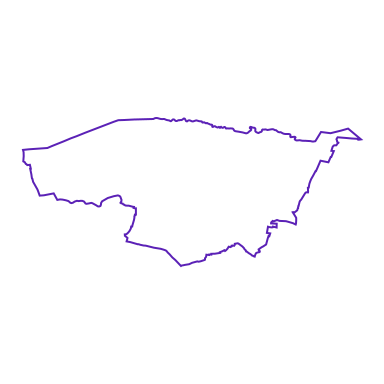 outline of Vicovu De Sus, Suceava, Romania
{"feature_id": "2599482B73832637769568", "entity_name": "Vicovu De Sus", "entity_type": "district", "adm_level": 2, "iso_a3": "ROU", "parent_name": "Romania", "parent_adm1": "Suceava", "projection": "robinson", "projection_center": [25.674, 47.922], "detail": "fine", "context": "isolated", "style": "outline", "palette": "violet", "viewbox_px": 384, "rotation_deg": 0, "n_neighbors": 0, "source": "geoboundaries", "source_scale": "gbopen_adm2", "svg_char_len": 6040}
<svg xmlns="http://www.w3.org/2000/svg" viewBox="0 0 384 384"><path d="M126.6,241.4L130.3,242.1L135.8,243.7L138.0,244.3L138.6,244.2L140.3,244.8L143.5,245.5L144.9,245.6L145.9,245.7L153.9,247.7L160.7,248.8L163.4,249.6L165.7,250.4L166.8,251.3L167.6,252.4L169.7,254.4L172.3,257.4L175.3,260.0L181.0,266.0L181.7,265.5L182.6,265.4L184.9,264.9L189.2,264.2L192.1,262.8L197.3,261.4L198.4,261.7L199.7,261.5L201.2,261.1L204.5,260.0L204.9,259.8L205.0,259.5L205.0,258.4L205.1,258.1L205.9,257.1L206.1,256.7L206.4,254.7L209.1,255.0L209.2,254.5L211.3,254.6L211.3,253.8L215.0,253.7L220.1,252.9L219.9,252.2L222.5,251.2L224.3,250.2L225.0,251.0L225.9,250.4L227.5,248.7L228.7,246.7L230.4,247.1L231.7,246.4L231.6,245.7L232.6,245.5L234.1,245.8L234.8,244.8L234.8,243.8L237.7,243.3L238.5,243.6L242.4,246.5L244.0,248.2L244.5,249.2L245.8,250.4L245.9,251.1L246.2,251.5L246.5,251.4L249.0,253.3L250.4,254.1L251.6,255.0L252.0,255.5L253.3,255.9L253.5,256.2L254.7,256.6L255.1,255.2L255.9,253.3L256.6,252.9L257.1,252.6L258.5,252.3L259.5,252.1L259.7,251.8L259.8,251.3L259.6,250.9L259.4,250.6L258.9,250.4L258.8,250.2L258.6,249.4L261.5,247.3L263.2,246.4L266.1,244.5L267.8,238.2L268.6,235.9L269.3,236.2L270.2,233.4L266.9,232.9L268.0,226.7L269.3,227.1L271.6,227.4L272.5,227.3L272.9,227.2L273.0,226.6L276.6,227.5L276.7,223.7L271.1,223.4L271.2,222.4L272.7,220.9L273.8,221.3L277.0,220.0L279.6,220.9L284.3,221.1L286.0,221.2L288.6,221.9L293.0,223.2L295.7,224.5L296.0,223.5L296.2,220.5L296.2,217.9L295.9,217.3L292.7,212.2L293.0,212.1L294.7,212.3L297.2,210.3L297.9,208.0L298.1,208.0L298.2,206.7L298.4,205.9L298.6,205.9L299.6,201.8L300.1,200.8L301.2,199.6L305.2,193.1L305.9,192.5L306.3,192.3L308.0,192.4L308.1,191.8L308.0,189.8L307.9,187.9L308.3,187.9L308.7,187.7L309.3,184.1L309.5,183.4L310.4,180.9L311.2,179.0L313.1,175.7L315.6,171.0L316.0,171.1L317.8,167.0L320.5,160.7L328.4,162.3L330.7,157.0L331.3,157.0L333.8,151.1L331.4,150.8L332.4,147.6L332.8,146.5L334.2,145.3L336.3,145.3L336.5,145.1L336.7,144.7L337.1,144.2L337.6,143.4L338.3,143.0L338.4,142.6L337.9,142.4L337.4,142.1L337.1,141.6L337.0,140.4L336.5,139.5L336.5,139.2L336.6,138.9L337.0,138.2L337.6,137.3L346.4,138.0L351.8,138.5L357.3,138.8L357.7,139.4L358.2,139.7L359.7,139.6L361.0,139.4L348.1,128.6L340.7,130.7L330.5,133.2L321.0,132.0L315.6,140.8L315.3,141.2L313.6,141.5L313.0,141.5L312.2,141.5L310.5,141.1L306.9,140.9L305.5,140.8L304.2,140.8L302.1,140.7L299.6,140.2L297.8,140.4L296.8,140.4L296.3,140.4L295.5,140.0L294.8,139.4L294.8,138.8L295.5,137.4L295.3,137.1L294.7,136.8L293.1,136.9L290.8,137.2L290.6,137.1L290.3,136.7L290.3,136.0L290.5,135.3L290.4,135.0L290.1,134.5L289.6,134.2L288.7,134.0L285.3,134.0L284.0,133.8L282.9,133.4L280.7,132.2L280.4,132.2L279.6,132.3L278.7,132.1L278.3,132.0L277.6,131.5L277.0,131.0L276.0,130.2L274.9,130.1L273.3,129.3L272.7,129.2L271.4,129.3L269.2,129.7L267.6,130.0L267.1,129.9L266.3,129.6L265.2,129.4L264.0,129.6L262.6,129.5L262.2,129.8L262.0,130.1L261.9,130.3L261.8,131.2L261.5,131.6L260.9,132.0L259.7,132.3L259.2,132.6L258.8,132.9L258.6,133.0L257.6,132.8L256.4,132.2L255.8,131.8L255.5,131.4L255.3,131.1L255.3,130.8L255.3,129.8L255.4,129.5L255.3,128.8L255.3,128.6L254.9,128.1L254.4,127.8L253.5,127.7L253.0,127.7L252.7,127.6L251.2,127.0L250.4,126.9L250.3,127.0L249.9,127.4L249.9,127.7L249.9,128.1L250.1,128.3L251.1,129.0L251.2,129.3L251.1,130.0L250.5,130.6L249.4,131.3L248.3,132.4L247.4,133.0L246.4,133.3L245.9,133.3L242.5,132.4L238.7,131.7L236.0,131.3L235.1,131.1L234.5,130.8L234.1,130.4L233.7,129.7L233.4,129.2L232.9,128.7L232.3,128.5L230.5,128.4L229.4,128.5L227.5,128.4L226.1,128.5L225.8,128.3L225.5,127.6L225.2,127.3L224.6,127.0L224.3,127.0L222.9,127.8L222.6,127.8L222.1,127.7L221.7,127.4L221.2,127.0L221.0,126.8L220.8,126.9L220.5,127.0L220.3,127.2L220.1,127.7L220.0,127.8L219.7,127.7L219.5,127.3L219.3,127.1L218.9,126.9L218.4,127.1L218.0,127.4L217.6,127.5L216.4,127.1L214.9,126.2L214.1,126.3L213.2,126.8L212.6,126.9L212.3,126.7L212.2,126.3L212.3,125.3L212.2,125.1L212.1,124.9L211.7,124.7L210.7,124.7L210.4,124.6L209.2,124.0L207.9,123.5L207.3,123.1L207.1,123.0L206.8,123.0L206.2,123.3L205.7,123.2L204.2,122.3L203.7,122.3L202.9,122.6L202.6,122.5L202.3,122.4L202.1,122.1L201.9,121.6L201.6,121.4L199.2,121.2L196.8,120.5L196.3,120.4L195.8,120.5L193.0,121.4L192.5,121.4L191.9,121.3L189.6,120.3L189.0,120.3L188.6,120.4L187.9,120.7L187.2,121.3L186.6,121.3L186.1,121.1L185.9,120.8L185.1,119.2L184.8,118.8L184.7,118.7L184.1,118.5L183.6,118.6L182.7,119.4L181.8,119.9L181.1,120.1L180.1,120.0L179.3,120.3L178.6,120.2L177.9,120.5L177.1,120.9L176.6,121.0L176.2,121.0L175.6,120.9L175.3,120.7L174.4,119.7L174.2,119.6L173.9,119.5L173.1,119.4L172.9,119.5L172.6,119.7L171.1,121.1L170.8,121.2L170.0,120.9L169.4,120.5L166.7,120.0L165.9,119.7L165.0,119.3L164.2,119.0L163.2,119.0L162.4,119.1L160.9,119.0L159.5,118.7L158.6,118.4L157.5,118.1L156.5,118.0L155.2,118.1L153.2,119.0L134.0,119.5L124.4,120.0L118.3,120.2L113.7,121.8L85.3,132.7L76.6,136.2L70.9,138.3L63.8,141.3L51.8,146.1L47.4,148.0L28.9,149.3L23.0,149.9L23.6,152.3L23.7,156.1L23.3,161.4L24.9,162.3L25.5,163.5L25.9,164.0L26.4,164.1L27.3,165.1L29.9,164.8L30.8,168.7L30.2,168.8L31.4,174.5L31.7,176.8L32.0,178.5L32.4,178.8L33.1,181.8L37.4,189.4L38.0,190.9L39.7,195.6L43.9,195.3L53.7,193.4L57.3,199.9L60.0,199.4L62.6,199.6L65.9,200.3L68.5,201.1L70.4,202.8L71.5,203.1L73.0,202.7L74.6,201.6L76.9,200.8L78.6,201.1L80.9,200.8L82.5,200.9L84.1,201.6L85.5,203.5L86.4,203.8L88.5,203.5L91.3,202.9L92.4,203.2L96.4,205.4L97.7,206.3L99.0,206.5L100.4,206.0L100.9,204.8L101.1,203.0L102.1,201.3L107.8,198.0L113.8,196.2L117.9,195.4L119.6,196.0L120.4,196.9L121.5,199.9L121.4,201.2L120.5,202.8L121.2,203.3L122.7,203.6L123.0,204.1L123.6,204.6L124.1,204.6L125.0,205.3L125.9,205.6L128.8,205.7L133.0,206.8L133.9,206.9L133.6,207.9L134.9,208.3L135.9,208.3L135.9,214.3L135.5,214.2L135.3,215.1L134.8,215.0L134.3,216.9L134.4,217.3L134.4,217.8L134.3,218.2L134.0,219.9L132.4,225.4L132.2,226.5L131.2,226.5L130.8,228.6L129.5,231.0L128.2,232.6L126.9,233.8L126.5,234.1L125.8,234.3L124.8,234.4L124.9,235.8L126.3,236.9L127.5,238.0L126.6,241.4Z" fill="none" stroke="#5b21b6" stroke-width="2"/></svg>